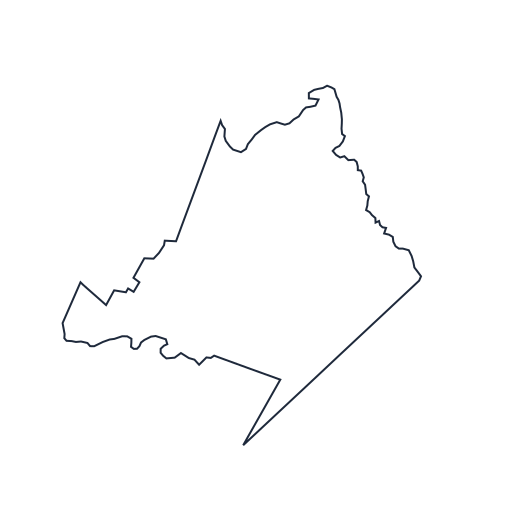 Cabaceiras, Paraíba, Brazil (Natural Earth projection), rotated 198°
{"feature_id": "56859067B3444043587564", "entity_name": "Cabaceiras", "entity_type": "district", "adm_level": 2, "iso_a3": "BRA", "parent_name": "Brazil", "parent_adm1": "Paraíba", "projection": "natural_earth1", "projection_center": [-36.284, -7.453], "detail": "fine", "context": "isolated", "style": "outline", "palette": "slate", "viewbox_px": 512, "rotation_deg": 198, "n_neighbors": 0, "source": "geoboundaries", "source_scale": "gbopen_adm2", "svg_char_len": 2046}
<svg xmlns="http://www.w3.org/2000/svg" viewBox="0 0 512 512"><g transform="rotate(198 256 256)"><path d="M331.4,373.6L332.1,357.1L333.1,330.8L335.9,263.5L336.6,245.3L347.5,242.4L346.8,237.8L349.2,229.0L352.6,221.8L361.5,219.3L365.8,197.4L358.8,195.0L361.3,184.1L367.6,185.6L368.5,181.3L380.3,179.5L383.4,163.0L411.4,175.1L414.8,176.8L419.2,132.4L413.9,122.6L412.9,118.6L410.0,116.8L405.0,118.1L400.7,118.6L396.0,120.6L389.4,121.2L385.9,119.0L382.0,120.2L375.1,126.9L369.3,131.4L365.1,133.4L358.5,138.3L353.7,139.8L348.9,138.8L347.7,134.8L346.8,131.0L343.5,129.9L340.5,131.0L339.0,134.2L338.6,138.2L336.2,141.7L330.9,146.9L326.7,148.9L316.0,148.9L313.1,144.7L315.8,142.3L318.0,138.3L316.8,134.5L313.5,132.4L309.6,130.9L301.9,134.2L297.4,140.5L292.6,139.3L288.4,138.2L282.5,138.4L276.5,135.0L271.8,144.2L267.5,145.1L265.0,148.3L260.1,148.1L226.1,146.9L194.7,145.9L209.7,72.1L158.4,164.9L145.1,189.1L93.2,283.0L92.8,287.7L97.3,290.9L101.8,294.0L104.9,299.6L108.0,304.1L112.5,308.7L118.7,308.4L122.4,307.2L126.3,308.4L129.8,312.0L131.8,316.4L136.1,317.4L141.1,317.0L141.0,322.9L144.6,322.4L147.6,323.8L149.8,327.3L152.6,324.7L154.2,329.0L158.3,330.7L161.4,332.8L165.5,333.7L165.7,338.4L166.7,342.7L167.0,347.6L170.3,349.0L172.1,352.9L174.3,357.5L177.6,360.0L177.8,364.1L180.1,367.1L182.4,369.7L185.7,369.1L186.9,372.7L189.3,376.5L192.4,377.9L197.8,375.7L202.8,378.2L206.4,375.7L211.1,376.9L215.5,379.6L213.8,383.4L210.7,386.4L208.8,391.8L208.5,397.5L211.8,398.6L214.0,403.5L215.3,408.4L216.5,412.4L219.2,418.6L222.0,423.5L223.7,426.9L225.9,430.0L228.5,432.3L230.6,435.4L233.0,438.9L236.3,439.6L241.0,439.9L244.2,436.5L248.4,434.2L252.0,432.0L256.1,427.3L254.4,422.2L250.1,423.2L244.9,424.2L245.9,417.4L250.6,414.6L254.3,412.8L256.3,409.4L258.4,402.0L262.4,397.5L265.2,392.5L269.1,389.8L273.2,389.7L277.6,389.7L283.3,385.6L286.9,381.6L290.1,377.3L294.3,370.9L296.1,365.4L298.3,359.9L298.6,354.7L302.4,350.1L310.7,350.1L314.7,352.1L320.3,356.1L323.0,359.9L324.8,367.2L328.7,370.0L331.4,373.6Z" fill="none" stroke="#1e293b" stroke-width="2"/></g></svg>